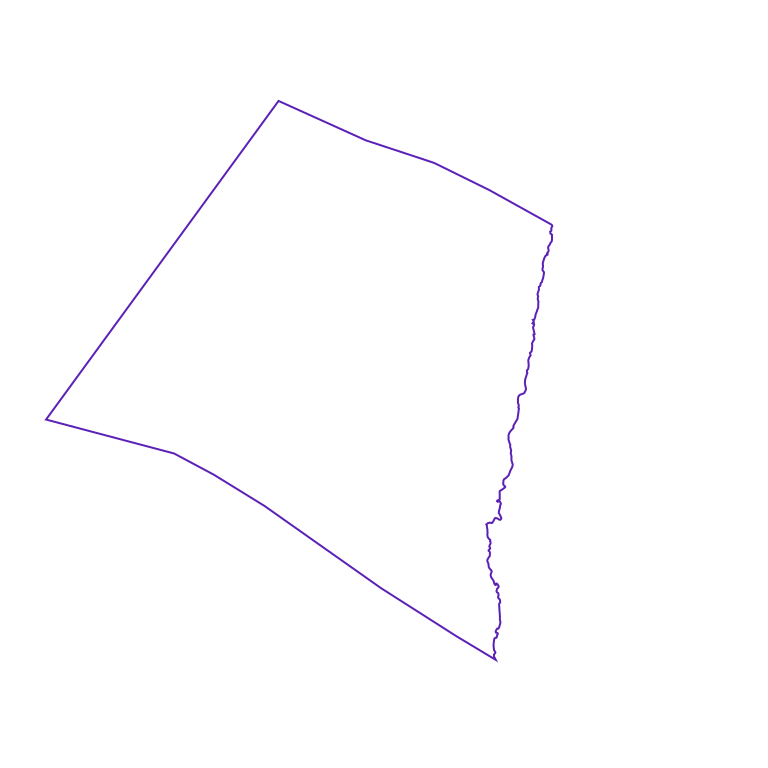 outline of Marsa Alam, Al Bahr al Ahmar, Egypt, rotated 36°
{"feature_id": "37247803B19297711577028", "entity_name": "Marsa Alam", "entity_type": "district", "adm_level": 2, "iso_a3": "EGY", "parent_name": "Egypt", "parent_adm1": "Al Bahr al Ahmar", "projection": "orthographic", "projection_center": [35.034, 24.707], "detail": "fine", "context": "isolated", "style": "outline", "palette": "violet", "viewbox_px": 768, "rotation_deg": 36, "n_neighbors": 0, "source": "geoboundaries", "source_scale": "gbopen_adm2", "svg_char_len": 4605}
<svg xmlns="http://www.w3.org/2000/svg" viewBox="0 0 768 768"><g transform="rotate(36 384 384)"><path d="M636.5,541.5L636.1,541.3L635.2,540.8L634.2,540.4L633.1,539.7L632.3,538.8L632.0,538.1L632.1,537.0L632.1,536.2L631.8,535.6L631.4,535.3L630.6,535.1L629.5,534.6L626.4,531.3L625.2,529.4L624.2,527.6L623.2,525.7L623.0,524.9L623.2,524.0L624.0,523.3L624.0,522.4L623.6,521.7L623.1,520.5L623.1,519.5L622.4,518.8L621.6,519.0L620.8,519.3L619.9,518.7L619.7,518.1L619.4,517.1L619.4,515.3L620.2,514.8L620.3,513.7L619.7,511.9L618.5,508.7L617.8,507.9L616.9,507.1L615.9,506.1L614.3,503.7L612.4,501.5L610.4,499.2L607.8,496.0L606.4,494.3L606.3,493.6L606.4,492.4L605.9,491.9L605.0,490.7L604.3,490.3L603.9,490.2L603.3,490.1L602.7,490.1L601.6,489.5L601.2,488.6L600.8,487.5L600.3,486.9L599.2,486.0L597.7,486.1L596.9,485.6L596.5,484.8L595.9,483.5L595.9,482.9L596.0,482.0L596.1,481.1L595.8,480.4L594.7,479.8L593.5,479.3L592.5,479.2L592.3,479.3L592.1,479.5L592.5,480.2L592.6,480.8L592.3,481.1L591.4,481.1L590.0,480.2L588.6,479.0L587.5,478.5L585.8,477.9L584.4,477.4L583.3,476.6L582.4,475.7L582.0,474.7L581.5,472.8L581.2,472.2L580.6,471.8L579.4,471.5L577.8,471.2L576.8,470.7L576.1,470.3L574.5,468.4L573.3,467.5L572.1,466.8L571.1,465.9L570.7,463.6L570.7,461.1L568.9,458.2L568.0,457.6L566.6,457.4L566.3,456.7L566.6,455.5L566.5,454.6L566.0,454.1L564.7,453.6L564.3,452.5L564.1,451.1L563.8,450.2L563.1,449.2L562.1,448.8L561.8,447.9L561.3,447.6L560.7,447.6L560.1,447.6L558.4,447.1L557.5,446.6L555.9,444.8L555.1,443.2L554.1,442.3L553.8,441.7L553.5,441.3L551.2,439.0L550.4,438.1L549.3,437.5L549.7,436.2L549.8,435.6L550.5,434.8L551.1,433.9L551.9,433.5L552.6,433.4L553.2,432.7L553.1,430.8L552.8,428.8L552.6,427.7L552.9,426.9L553.8,426.4L555.4,426.0L556.7,426.1L557.9,425.5L558.1,424.5L557.8,423.6L557.3,423.2L554.8,421.8L552.6,420.8L551.5,418.8L551.2,417.9L550.3,415.5L549.5,414.4L549.0,412.2L548.4,411.8L547.5,411.3L546.4,410.8L545.6,410.7L545.4,411.0L545.6,411.9L545.3,412.4L544.3,412.4L544.2,411.7L544.6,410.9L545.1,410.1L545.3,409.3L545.0,408.6L543.6,406.9L542.6,405.3L541.6,404.2L540.9,403.3L540.6,402.4L541.4,400.5L542.3,397.8L542.6,396.8L542.6,396.0L542.1,395.6L541.2,395.7L539.9,395.3L538.8,394.4L538.3,393.2L537.4,392.0L537.1,390.5L537.7,388.9L538.2,387.0L538.3,386.0L538.5,384.6L537.9,382.4L537.3,380.5L536.9,377.9L536.5,375.8L535.9,374.2L535.4,373.4L534.3,372.6L532.3,371.1L531.3,370.0L530.3,368.4L528.8,366.8L527.4,365.7L526.6,364.3L525.9,363.0L524.7,362.0L523.3,361.0L522.3,359.7L521.7,358.8L520.5,358.1L518.7,356.8L517.6,355.9L516.7,355.0L516.2,353.9L515.0,352.6L514.7,351.7L514.1,349.7L514.1,346.8L514.5,344.5L514.5,343.3L514.1,342.8L513.5,342.3L513.1,340.3L512.7,336.7L512.5,333.7L511.3,331.6L510.0,329.0L509.2,327.5L508.0,325.5L507.5,324.4L506.6,324.2L506.2,323.2L506.0,322.6L505.1,321.6L503.4,320.5L501.0,317.0L500.2,315.4L500.1,313.4L500.9,311.9L501.6,310.8L502.5,309.7L502.8,308.7L502.5,307.3L502.3,305.9L502.0,304.8L500.9,303.6L499.9,302.8L498.0,301.1L497.4,300.4L496.2,298.4L495.4,297.1L494.7,294.7L494.2,293.2L493.8,292.3L493.6,291.3L493.4,290.7L492.6,290.3L491.8,289.3L491.6,288.6L491.8,287.9L491.8,287.1L491.2,286.0L490.9,285.3L490.6,284.5L490.2,284.1L489.2,282.7L488.2,281.8L487.6,280.8L486.8,280.1L486.2,278.3L485.8,276.7L485.8,274.7L485.4,274.3L483.8,273.1L483.9,272.4L484.2,271.3L484.3,271.0L483.2,268.8L481.4,265.8L479.9,264.2L479.6,262.6L479.3,260.9L479.5,259.8L478.6,258.5L477.7,257.8L476.9,257.2L476.3,256.7L475.9,256.1L476.5,255.6L476.6,255.2L475.4,254.2L472.9,252.0L471.3,250.7L471.0,248.7L470.6,247.7L470.0,247.3L469.2,247.7L468.5,247.7L468.5,246.9L469.2,246.4L469.1,246.1L468.3,245.7L467.9,244.9L466.8,244.6L467.0,244.3L467.7,243.7L467.0,240.9L466.1,239.4L465.3,236.8L464.9,235.0L464.3,233.7L464.0,231.8L463.1,230.5L461.8,228.7L460.5,226.5L459.5,225.8L458.5,225.0L457.5,223.3L457.1,222.3L455.6,221.4L454.8,219.7L454.1,217.1L453.5,216.1L452.2,214.5L452.6,212.8L452.4,211.9L452.0,211.3L451.5,210.2L451.8,208.6L451.0,206.8L450.6,205.1L448.9,201.5L447.8,199.6L445.3,198.7L444.3,197.2L443.8,195.8L442.8,194.5L441.7,193.4L440.5,190.4L439.7,187.9L439.3,185.8L439.8,184.2L440.3,183.1L439.7,182.5L439.3,182.8L439.0,181.6L439.2,180.5L438.8,179.3L436.7,177.3L436.1,176.1L436.2,173.8L435.8,172.4L435.8,169.9L435.0,168.4L434.0,167.0L433.1,165.8L432.7,165.3L432.2,164.5L431.3,164.4L430.5,164.6L429.7,163.9L428.9,163.2L429.2,162.1L429.1,161.2L428.7,160.8L427.8,159.7L427.5,158.6L427.5,157.5L426.8,156.9L426.2,156.7L425.9,156.6L355.3,165.2L294.5,175.7L226.0,197.6L132.3,217.0L131.5,611.4L255.0,563.6L299.6,557.4L358.9,552.9L501.7,550.9L590.6,545.5L636.5,541.5Z" fill="none" stroke="#5b21b6" stroke-width="2"/></g></svg>